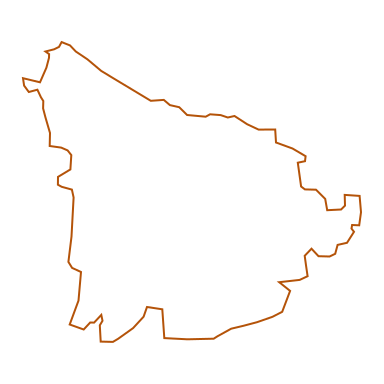 the district of Pastdargom, Samarkand, Uzbekistan
{"feature_id": "79887680B34073464647672", "entity_name": "Pastdargom", "entity_type": "district", "adm_level": 2, "iso_a3": "UZB", "parent_name": "Uzbekistan", "parent_adm1": "Samarkand", "projection": "albers", "projection_center": [66.66, 39.68], "detail": "fine", "context": "isolated", "style": "outline", "palette": "amber", "viewbox_px": 384, "rotation_deg": 0, "n_neighbors": 0, "source": "geoboundaries", "source_scale": "gbopen_adm2", "svg_char_len": 1328}
<svg xmlns="http://www.w3.org/2000/svg" viewBox="0 0 384 384"><path d="M282.2,311.8L290.1,290.9L279.2,282.2L299.7,279.9L307.6,276.2L306.1,266.0L304.7,255.8L311.5,248.7L318.5,256.2L329.6,256.5L335.2,253.8L337.6,244.9L347.0,242.8L354.0,231.8L351.5,228.6L352.1,225.0L359.2,225.3L361.0,212.2L359.6,195.9L344.7,194.9L345.0,205.6L341.1,209.5L327.2,210.2L325.2,198.9L316.0,189.7L304.9,189.4L301.1,186.5L297.8,162.7L305.0,161.2L305.6,156.2L292.5,148.5L276.0,142.5L275.2,129.5L258.6,129.6L247.1,124.2L234.5,116.0L227.8,117.5L220.7,115.1L210.1,114.3L205.7,116.7L187.1,115.0L179.2,107.2L169.9,105.1L163.8,99.9L150.8,100.8L112.9,78.0L101.2,70.9L87.4,59.3L75.8,51.5L70.0,45.4L61.6,42.1L59.0,46.9L54.1,49.3L45.5,51.5L49.1,54.1L49.0,57.8L46.4,67.7L40.0,82.3L23.0,78.2L24.1,85.6L28.8,92.0L37.4,89.7L40.9,97.2L43.3,101.0L43.1,108.4L45.4,117.2L50.0,133.0L49.7,146.0L61.2,147.6L67.6,150.4L71.3,155.1L70.4,169.4L58.0,176.9L57.9,184.7L61.7,186.8L71.9,189.6L73.6,197.5L71.5,236.6L68.4,261.9L72.1,267.9L81.0,272.0L78.5,300.6L69.7,324.5L83.7,329.5L90.2,322.5L94.1,322.6L101.3,314.9L102.5,320.8L99.8,325.3L100.7,341.6L112.9,341.9L118.1,338.8L133.1,328.1L143.6,316.7L147.0,307.0L162.3,309.3L164.3,338.1L187.4,339.3L213.7,338.7L217.6,336.2L231.2,328.7L243.4,325.8L257.0,322.2L272.5,316.8L282.2,311.8Z" fill="none" stroke="#b45309" stroke-width="2"/></svg>